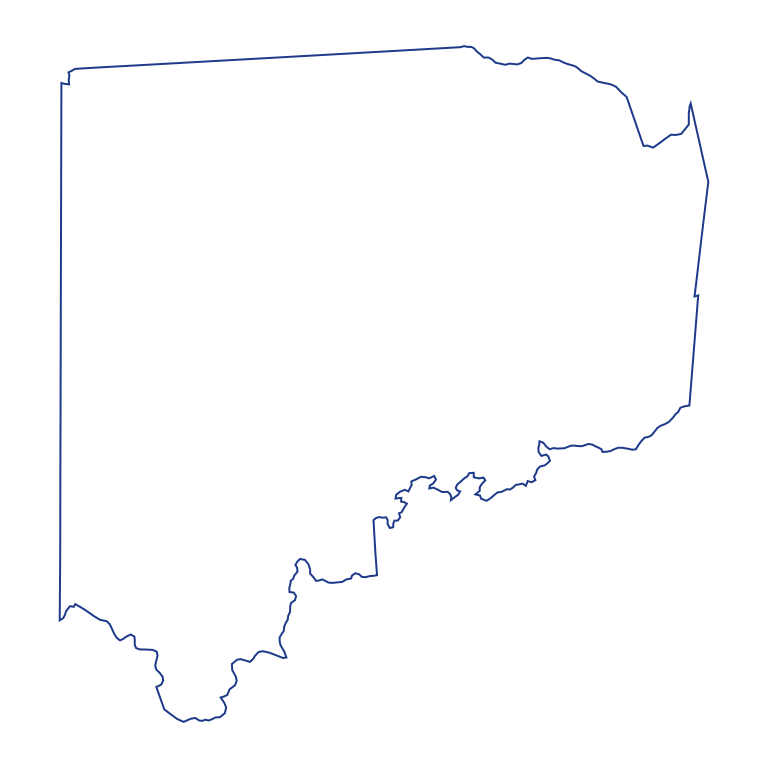 Formosa da Serra Negra, Maranhão, Brazil
{"feature_id": "56859067B92556149898263", "entity_name": "Formosa da Serra Negra", "entity_type": "district", "adm_level": 2, "iso_a3": "BRA", "parent_name": "Brazil", "parent_adm1": "Maranhão", "projection": "albers", "projection_center": [-46.127, -6.579], "detail": "fine", "context": "isolated", "style": "outline", "palette": "blue", "viewbox_px": 768, "rotation_deg": 0, "n_neighbors": 0, "source": "geoboundaries", "source_scale": "gbopen_adm2", "svg_char_len": 4169}
<svg xmlns="http://www.w3.org/2000/svg" viewBox="0 0 768 768"><path d="M690.7,103.5L689.7,106.2L689.3,109.5L688.8,113.2L688.8,118.5L688.8,124.5L681.2,133.9L675.7,135.0L671.0,134.7L665.4,138.6L660.6,142.3L653.1,147.6L647.5,145.6L643.5,146.0L626.6,96.9L621.9,92.9L619.4,90.3L616.1,86.8L611.6,84.7L608.3,83.7L604.6,83.1L597.6,81.5L594.5,78.9L590.3,75.8L581.5,71.3L577.0,67.4L574.2,65.9L569.9,64.7L566.3,63.6L562.7,62.1L559.1,60.3L554.8,59.8L551.2,58.6L547.7,57.9L541.5,58.1L535.8,58.6L531.9,58.9L527.8,57.5L524.3,59.9L521.2,63.1L517.2,64.4L509.7,63.6L505.1,64.8L500.6,63.7L495.5,62.7L492.3,59.6L488.5,57.5L483.8,57.5L480.0,54.0L477.0,51.6L473.9,48.2L471.2,46.9L467.3,46.9L464.4,46.1L460.0,47.2L336.7,54.2L136.3,65.4L99.6,67.4L74.9,68.9L71.4,71.0L68.5,72.4L69.4,75.5L68.7,79.9L69.1,84.4L64.4,83.8L61.4,83.0L60.5,428.5L60.4,452.8L60.2,556.9L59.7,620.3L63.3,618.1L64.9,614.9L66.1,611.2L69.9,606.2L73.8,606.8L75.3,604.1L78.6,606.0L85.2,610.0L94.5,616.5L100.0,619.8L106.7,621.2L109.8,624.3L111.6,628.1L114.2,633.9L117.0,638.1L120.1,640.4L123.0,639.0L126.8,636.3L130.7,634.5L134.4,636.6L134.8,640.7L134.7,644.9L136.1,648.0L139.4,649.4L145.0,649.5L152.8,649.9L156.7,651.7L157.6,655.5L156.0,661.8L155.2,665.9L156.4,669.6L159.6,672.8L162.7,676.9L163.2,680.6L161.2,684.7L156.3,686.9L164.3,709.4L170.2,713.9L177.2,719.0L183.7,721.9L187.6,720.1L191.6,718.5L195.4,718.0L199.0,720.4L202.1,720.9L205.5,719.7L208.3,720.5L211.7,719.4L215.3,717.5L219.9,717.2L224.8,713.2L226.2,707.5L224.2,702.7L220.7,697.5L224.0,696.5L227.2,695.0L229.7,689.2L234.9,685.4L236.7,680.9L235.8,676.7L232.2,669.9L231.9,664.0L237.2,659.7L240.4,659.1L245.1,660.4L250.0,661.9L253.3,658.7L254.8,656.1L258.5,652.1L262.3,651.2L265.7,651.8L269.7,652.8L283.1,658.0L286.4,657.5L285.3,654.5L284.2,651.5L282.4,648.5L280.5,645.1L279.7,641.7L279.6,637.7L281.3,634.4L283.7,631.1L284.3,626.3L286.1,622.2L287.7,619.8L288.1,616.2L290.1,611.7L290.1,606.7L291.1,602.9L295.0,600.1L296.1,596.1L293.8,592.6L289.5,592.0L289.3,588.2L290.4,583.7L290.8,580.7L293.2,578.8L294.4,575.3L297.5,571.7L297.1,567.7L295.4,564.9L297.5,561.5L299.9,559.0L304.9,559.9L308.4,564.2L310.1,569.3L310.2,573.7L312.3,575.9L314.2,578.2L316.1,580.9L319.4,580.4L322.3,579.4L325.7,581.1L328.6,582.6L332.5,582.9L337.1,582.4L342.0,582.0L346.4,579.4L351.1,578.5L352.0,575.6L355.2,573.3L358.9,574.2L361.9,576.9L365.4,577.2L369.7,576.1L373.6,575.8L377.0,575.2L375.8,557.9L375.5,555.0L373.5,520.1L376.2,517.9L379.3,517.1L382.7,517.7L386.1,517.3L387.6,519.9L387.6,523.9L389.8,528.0L393.2,527.2L393.3,523.6L394.3,520.7L397.9,520.5L400.2,517.3L399.0,513.3L401.7,512.2L403.4,509.0L405.0,506.3L406.9,503.7L404.2,502.2L401.1,501.6L401.3,497.9L395.5,498.5L396.3,494.6L400.1,491.7L404.9,489.8L408.4,491.4L411.6,485.0L411.4,481.4L416.9,479.0L420.9,476.8L425.1,477.1L429.2,478.3L434.2,476.0L436.0,479.6L433.1,483.5L429.9,485.5L429.3,488.4L433.6,487.7L438.0,489.8L442.0,492.0L447.7,491.9L450.2,494.2L451.3,497.1L450.9,500.1L454.2,497.6L458.2,494.7L460.1,491.4L457.1,490.3L455.7,487.9L457.1,484.7L460.8,481.5L463.8,478.7L467.3,476.4L469.3,473.1L473.7,472.8L473.8,477.3L478.9,478.4L483.5,477.6L485.3,480.4L482.2,483.5L479.8,487.0L479.7,490.9L475.4,494.4L480.0,495.5L481.1,498.7L486.6,500.8L491.0,497.9L494.6,494.7L497.5,492.4L501.4,491.9L507.1,489.2L510.1,489.5L512.8,487.7L515.8,484.9L519.1,484.4L522.5,483.6L525.8,485.9L527.7,481.1L531.6,482.2L535.4,480.1L534.0,476.6L536.0,473.3L537.2,469.5L540.0,466.5L544.7,465.4L547.0,463.6L550.0,460.9L548.4,456.5L546.2,454.5L541.4,455.9L538.6,451.9L538.4,448.2L539.1,445.0L539.5,441.3L543.3,442.7L546.3,446.6L549.6,449.2L553.4,448.1L557.5,448.6L560.3,448.4L564.1,448.3L567.6,447.0L570.9,445.7L574.5,445.6L578.3,446.1L582.0,446.1L585.4,445.0L588.5,444.0L592.3,444.6L595.0,446.1L598.2,447.5L601.4,449.2L602.5,451.9L607.1,451.7L611.1,450.8L614.2,449.2L618.1,447.8L622.6,447.8L628.7,448.9L632.3,449.7L635.9,449.3L638.5,444.9L641.3,441.2L644.5,437.7L648.3,436.9L651.4,435.4L654.8,431.3L657.5,427.8L661.0,425.6L664.7,424.2L668.8,422.0L673.0,417.6L675.5,414.2L678.2,412.0L680.4,407.7L684.6,406.3L689.4,405.5L691.6,378.2L698.2,295.4L694.5,296.5L696.1,283.7L701.8,235.3L708.3,181.8L690.7,103.5Z" fill="none" stroke="#1e3a8a" stroke-width="2"/></svg>